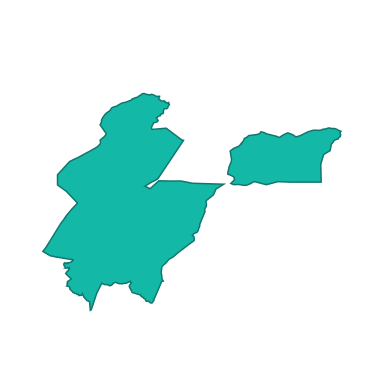 outline of Almoloya de Alquisiras, México, Mexico, rotated 262°
{"feature_id": "50627088B93704766177629", "entity_name": "Almoloya de Alquisiras", "entity_type": "district", "adm_level": 2, "iso_a3": "MEX", "parent_name": "Mexico", "parent_adm1": "México", "projection": "natural_earth1", "projection_center": [-99.868, 18.807], "detail": "fine", "context": "isolated", "style": "filled", "palette": "teal", "viewbox_px": 384, "rotation_deg": 262, "n_neighbors": 0, "source": "geoboundaries", "source_scale": "gbopen_adm2", "svg_char_len": 5955}
<svg xmlns="http://www.w3.org/2000/svg" viewBox="0 0 384 384"><g transform="rotate(262 192 192)"><path d="M283.9,181.3L283.6,180.4L283.7,179.7L283.8,179.4L284.1,179.3L284.3,178.8L284.3,178.1L284.7,177.9L285.3,177.9L285.8,177.7L286.0,177.4L286.2,177.0L286.2,176.1L286.1,175.8L286.1,175.2L286.2,174.7L286.5,174.3L287.7,173.1L288.2,172.7L288.7,172.2L289.4,172.2L289.9,172.1L290.2,172.4L290.3,172.7L290.6,173.1L290.9,173.2L291.3,173.2L291.7,169.9L291.9,169.6L292.8,168.6L293.7,166.9L294.3,166.0L294.3,165.1L294.2,164.4L294.0,163.9L294.2,163.1L294.2,162.6L294.3,162.1L294.8,161.6L294.8,161.1L294.9,160.5L295.7,159.3L296.3,158.2L296.3,157.7L296.2,157.4L296.2,156.7L296.2,156.3L296.0,155.9L295.6,155.5L295.3,155.1L295.0,154.3L294.9,153.7L293.6,151.5L293.4,150.6L293.3,149.1L293.2,148.6L293.1,148.2L292.7,147.7L292.5,147.4L292.8,146.3L292.6,145.8L292.2,145.6L291.9,145.4L291.8,145.0L291.4,144.2L290.6,140.8L290.3,140.0L290.0,137.2L289.9,135.4L289.7,134.5L288.6,131.7L288.0,130.2L287.6,129.5L287.4,128.6L287.2,126.6L287.0,125.7L286.7,124.9L286.2,123.9L284.7,122.6L284.0,122.1L283.4,120.8L283.2,120.7L283.0,120.3L282.8,119.5L281.4,117.3L279.9,115.6L279.1,114.9L278.3,114.1L277.4,113.5L276.5,112.8L275.0,112.2L273.7,112.0L273.2,111.7L272.3,111.1L271.4,110.3L270.5,110.7L262.3,114.9L261.3,115.1L260.8,114.8L260.4,114.3L258.9,112.6L256.1,108.2L254.0,108.3L252.9,108.1L251.9,107.2L250.1,104.7L249.4,103.4L246.3,95.5L245.8,94.0L241.5,82.5L241.1,80.7L239.8,76.9L239.3,75.2L227.8,61.2L217.7,59.8L210.2,67.6L196.9,77.1L195.9,75.8L192.1,71.0L186.3,64.5L181.2,59.9L180.9,59.4L179.0,57.6L158.9,40.9L158.2,40.4L153.9,36.0L148.9,42.3L148.4,43.1L147.4,46.3L146.9,47.2L145.0,53.5L144.5,54.9L144.1,56.3L144.0,56.6L143.4,58.5L142.4,61.5L141.5,64.9L140.9,64.7L140.7,63.9L140.0,63.6L139.4,62.0L139.0,60.5L139.3,58.9L139.4,58.7L139.1,58.6L138.7,58.4L138.6,58.5L138.5,58.3L138.5,58.1L138.5,57.9L138.7,57.7L139.0,56.9L139.2,56.7L139.6,56.5L139.7,56.3L139.6,56.1L139.3,55.5L138.4,55.0L137.4,55.0L136.8,55.1L135.8,55.8L134.6,56.2L134.4,55.7L134.0,56.8L134.1,57.8L134.3,58.1L133.9,58.8L134.3,59.8L134.2,59.8L133.6,60.2L132.5,59.6L132.3,59.2L131.9,58.6L131.2,58.4L130.9,57.8L130.8,57.3L130.2,56.9L130.0,56.6L128.9,55.6L127.5,56.5L123.4,59.8L122.8,60.3L122.4,59.9L121.6,58.3L121.4,57.8L120.8,56.6L120.2,55.9L118.9,56.2L118.4,55.4L116.9,55.9L116.4,54.9L116.0,55.7L115.9,56.1L115.8,56.5L115.5,56.8L115.0,57.4L114.5,57.5L114.0,57.8L113.0,57.5L112.6,57.7L111.8,58.4L111.0,58.9L110.3,59.5L109.6,59.9L109.2,60.0L108.9,60.3L108.8,60.9L108.7,61.0L108.2,61.6L107.8,62.1L107.8,62.8L107.1,63.7L106.8,63.7L106.6,64.0L106.8,64.5L106.7,64.7L106.3,65.1L105.7,65.3L105.7,65.6L105.2,65.6L105.3,66.1L105.3,66.6L105.0,68.0L105.6,69.1L106.3,69.4L103.0,70.3L99.3,72.7L97.6,75.3L89.0,74.8L89.5,75.9L105.0,83.6L114.3,90.0L112.9,91.7L112.2,93.6L112.1,95.4L111.7,95.7L111.2,96.6L110.6,97.2L111.0,99.6L111.6,100.2L112.1,100.9L112.3,101.4L112.8,101.5L113.2,103.3L113.0,104.0L111.5,106.7L110.8,110.1L111.0,112.9L110.8,113.7L110.8,114.1L112.2,118.4L111.3,118.5L110.8,119.3L108.2,117.1L107.0,116.7L100.8,118.8L97.1,126.8L97.0,126.7L96.7,126.7L95.6,127.3L95.1,127.8L94.7,128.4L94.4,128.7L94.1,129.2L93.7,129.4L93.2,129.6L92.6,130.5L92.1,130.9L90.9,131.1L90.5,131.3L90.2,131.5L90.0,131.9L90.0,132.4L90.2,132.9L90.1,133.3L89.9,133.6L89.7,134.0L89.4,134.2L89.1,134.4L88.7,134.8L88.1,135.2L88.0,135.6L87.7,136.4L87.7,136.9L87.9,137.4L89.9,138.7L89.9,139.0L90.1,138.9L99.1,144.4L107.6,149.5L107.8,151.2L109.6,150.4L110.9,150.2L112.5,150.4L113.9,150.4L116.0,150.3L117.8,150.5L119.6,151.1L122.4,151.8L124.6,155.1L125.6,156.6L128.6,159.9L130.2,164.1L133.7,169.5L140.2,181.0L143.6,187.3L144.8,187.7L147.6,187.7L149.1,186.3L150.7,188.4L151.1,190.5L151.7,191.6L153.2,192.9L155.0,193.6L157.3,195.0L158.8,195.1L170.9,202.2L171.9,202.0L174.0,202.6L175.7,204.1L177.3,204.6L180.0,204.5L181.5,204.9L186.2,212.9L191.6,216.2L195.3,224.5L200.6,193.6L204.4,182.8L206.3,169.4L207.7,160.7L201.0,150.8L201.6,150.2L202.4,149.2L204.1,146.3L204.2,146.1L205.4,148.8L207.5,153.7L208.2,156.0L208.5,156.9L208.8,157.6L209.7,159.4L210.2,160.3L244.3,190.8L245.1,189.0L258.8,175.3L259.5,161.6L259.7,161.0L261.4,160.8L262.6,161.4L265.7,163.6L266.5,167.6L267.5,168.4L270.5,167.1L270.7,168.0L271.3,168.5L271.5,169.0L272.0,171.3L273.2,171.6L273.3,172.4L273.6,172.8L273.8,174.4L274.1,174.6L276.6,175.1L278.1,175.9L278.4,176.6L278.1,177.6L278.0,178.2L278.3,179.1L278.9,179.7L281.0,180.8L281.5,181.8L283.9,181.3ZM218.9,235.7L217.1,235.3L213.7,233.4L211.9,232.3L208.3,231.0L206.7,230.3L204.6,229.9L203.8,231.6L203.3,232.5L202.1,234.2L201.1,235.5L199.5,235.7L198.0,235.6L195.1,231.6L193.7,233.8L193.2,236.4L193.2,237.4L193.1,238.3L192.6,240.7L191.7,243.1L191.4,244.2L191.1,246.4L191.2,247.1L191.9,250.4L192.4,251.8L192.7,252.5L193.4,253.8L193.5,254.5L193.4,255.5L193.2,256.2L188.9,266.6L190.3,278.6L188.1,290.6L183.8,321.3L201.6,323.4L210.8,327.6L213.7,334.5L220.0,336.7L221.7,338.7L222.9,339.6L223.8,341.1L223.8,341.9L224.0,342.3L224.1,343.1L224.0,343.8L224.9,344.5L225.4,345.2L225.9,345.9L226.4,346.5L227.3,347.0L227.9,347.1L228.9,347.0L230.3,346.9L230.6,347.2L230.9,347.5L231.3,348.0L231.6,347.8L231.8,347.3L232.2,346.4L233.0,345.1L233.7,344.5L235.0,342.1L235.2,341.0L235.3,339.9L235.5,338.9L235.8,338.3L236.0,337.6L236.4,336.5L236.1,334.3L235.8,333.1L236.0,331.0L235.5,328.7L235.2,328.1L235.4,326.4L236.3,321.0L235.4,315.0L232.7,306.9L232.1,302.6L234.6,299.9L237.2,295.2L236.8,293.2L235.3,289.0L233.9,286.5L234.4,285.0L235.3,283.7L236.6,280.6L237.0,279.4L238.1,276.9L238.9,274.5L241.2,271.0L242.0,268.5L240.3,267.0L239.9,263.9L239.9,259.1L240.0,256.1L238.8,254.2L238.6,254.1L238.5,253.6L238.3,253.3L238.1,252.4L237.7,251.2L235.9,250.4L235.7,250.2L235.3,250.0L235.1,249.8L234.9,249.3L233.6,247.9L233.3,247.8L233.0,248.0L232.8,248.0L232.8,247.8L232.9,247.5L233.1,247.4L231.3,245.5L231.1,245.0L231.0,244.8L230.8,244.6L230.6,243.9L229.9,241.2L229.7,240.9L229.4,239.8L229.5,239.6L227.3,235.5L218.9,235.7Z" fill="#14b8a6" stroke="#0f766e" stroke-width="1.5"/></g></svg>